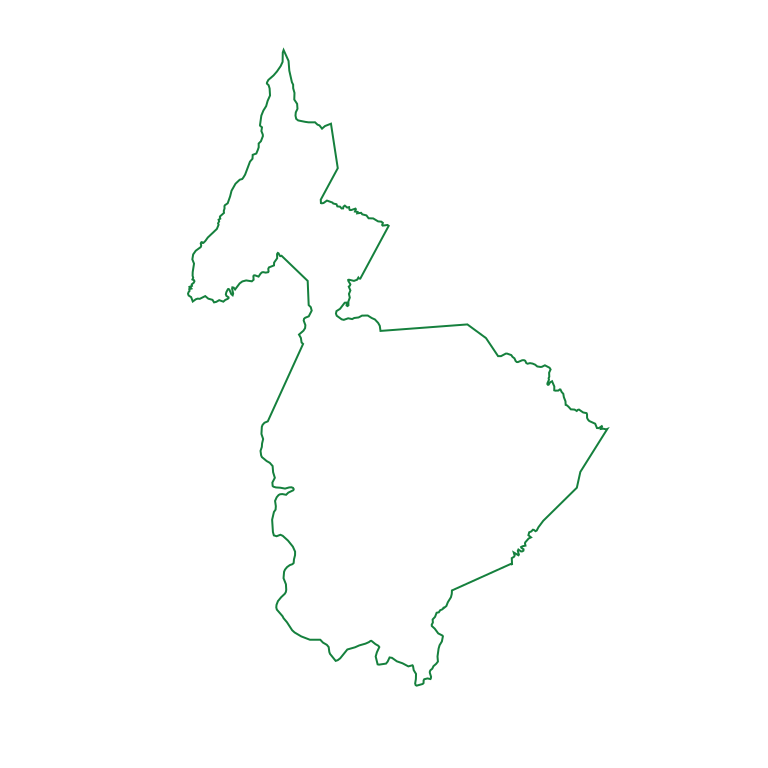 outline of El Rosario, Comayagua, Honduras, rotated 111°
{"feature_id": "27666195B23416368136478", "entity_name": "El Rosario", "entity_type": "district", "adm_level": 2, "iso_a3": "HND", "parent_name": "Honduras", "parent_adm1": "Comayagua", "projection": "orthographic", "projection_center": [-87.754, 14.601], "detail": "fine", "context": "isolated", "style": "outline", "palette": "green", "viewbox_px": 768, "rotation_deg": 111, "n_neighbors": 0, "source": "geoboundaries", "source_scale": "gbopen_adm2", "svg_char_len": 6166}
<svg xmlns="http://www.w3.org/2000/svg" viewBox="0 0 768 768"><g transform="rotate(111 384 384)"><path d="M638.6,393.9L641.2,389.2L646.8,381.5L648.0,378.4L649.3,370.8L649.3,361.6L645.6,351.8L647.3,348.3L648.0,343.9L649.4,341.4L653.8,339.0L655.3,337.7L659.8,329.9L658.4,328.2L655.8,326.6L645.0,323.1L640.2,316.7L636.9,313.4L633.0,308.2L630.4,305.6L628.7,304.5L628.3,303.7L629.9,298.8L630.4,295.5L631.3,294.1L637.1,294.5L641.4,294.1L648.0,289.5L647.8,288.1L644.3,281.9L641.8,281.1L637.3,280.8L636.8,278.4L638.3,272.6L638.1,266.7L638.9,260.1L636.4,256.6L637.0,255.8L640.5,253.7L643.2,250.2L648.0,248.5L652.4,247.6L653.8,246.5L653.9,245.4L650.2,240.4L649.0,239.9L646.5,240.8L645.2,240.6L643.3,237.9L642.8,234.9L641.9,234.8L640.5,235.1L637.1,237.8L635.8,238.2L634.4,238.0L632.5,236.9L629.7,236.7L626.5,235.0L623.8,234.2L619.2,236.4L611.5,238.2L607.9,238.5L603.6,237.7L598.4,238.6L597.9,239.3L597.4,244.0L594.2,249.0L592.8,252.6L591.6,253.2L589.2,252.9L586.4,254.2L583.1,252.9L578.7,252.9L577.5,251.0L575.1,250.5L573.7,249.0L571.5,247.7L571.3,248.0L570.5,247.1L568.9,246.2L564.9,246.2L559.1,245.1L555.7,245.5L552.4,246.6L506.4,201.0L506.7,200.4L506.3,199.9L500.8,202.3L498.7,200.7L497.4,200.5L494.8,202.5L495.7,197.1L495.0,196.9L491.8,199.3L490.4,199.2L491.2,196.0L490.6,194.8L489.6,194.1L488.3,194.5L487.7,197.0L487.1,197.6L485.9,196.6L484.2,194.0L482.2,195.3L481.3,195.4L476.4,193.6L474.5,191.8L473.4,195.0L470.4,195.3L468.8,193.6L466.7,192.8L466.5,191.9L467.1,189.8L466.0,188.9L462.4,188.5L454.6,186.3L411.7,166.8L395.7,169.2L345.9,159.4L346.7,160.3L347.2,163.4L348.2,165.3L345.6,165.2L345.3,165.6L348.2,167.6L348.8,169.4L345.4,172.6L345.0,179.1L344.1,180.9L342.8,182.3L339.5,183.6L338.6,184.5L339.2,187.9L338.0,192.8L338.7,193.8L340.1,194.4L339.6,196.9L340.7,200.5L339.1,203.6L338.3,205.8L338.4,206.9L335.1,208.4L331.8,211.4L328.9,213.1L327.8,215.3L325.9,217.3L326.1,218.0L327.6,218.8L328.8,221.6L328.9,222.8L325.3,224.1L321.2,228.1L322.9,229.5L325.7,230.1L326.0,230.6L325.7,231.3L324.8,231.7L320.9,231.5L319.6,232.4L318.0,232.3L314.3,233.9L310.7,233.7L309.5,235.3L308.9,240.5L311.4,242.8L312.0,244.0L312.7,247.2L311.8,249.8L311.7,252.6L312.2,255.2L313.6,257.2L313.5,258.6L311.7,260.5L311.6,261.9L312.3,263.5L315.5,266.8L315.9,267.9L315.4,269.3L313.3,271.4L312.6,273.8L311.4,275.5L311.5,279.9L312.0,281.2L316.0,284.7L317.1,287.5L304.6,305.2L298.5,327.5L335.7,406.3L331.2,408.8L329.1,411.3L327.0,415.6L326.8,419.1L325.9,423.7L328.0,429.0L331.0,431.6L333.0,435.4L334.8,437.0L335.5,441.0L338.5,444.5L338.8,446.7L337.2,452.6L335.5,454.1L333.0,454.5L329.6,452.0L322.2,449.8L321.3,447.8L324.1,447.1L324.3,446.0L323.3,445.4L319.8,446.8L315.6,446.9L312.5,449.0L308.7,448.9L305.7,451.8L304.4,451.1L303.0,451.1L300.4,454.4L299.6,454.7L299.2,454.1L298.5,449.0L296.3,446.5L293.9,446.1L294.5,445.3L294.1,443.9L234.7,436.3L234.3,437.7L236.6,442.0L236.2,442.7L234.0,442.8L233.4,444.6L234.3,447.8L233.3,453.4L234.8,457.8L232.9,460.8L233.4,465.1L232.4,466.7L234.3,470.2L232.8,470.4L233.4,472.9L230.9,472.9L230.5,473.5L233.3,476.9L233.8,478.1L233.6,478.7L231.4,480.0L232.5,481.6L231.5,484.5L232.9,485.4L234.7,485.1L235.3,486.5L234.2,488.6L234.9,491.2L233.2,492.8L233.7,496.1L233.1,497.1L233.2,503.0L236.7,505.3L237.6,506.8L237.7,507.7L234.6,509.1L199.1,504.5L160.0,526.8L164.3,531.5L167.8,533.4L165.7,536.9L165.7,539.0L164.4,542.2L166.7,548.0L167.5,551.5L168.7,558.6L167.9,561.0L165.2,562.8L162.0,563.7L158.1,563.4L153.6,565.5L150.6,569.7L144.3,571.9L140.4,574.8L137.1,576.1L135.3,578.1L125.4,584.7L116.6,588.9L108.2,597.4L110.8,597.3L119.6,594.1L124.2,594.4L130.5,595.9L135.5,597.7L141.5,600.9L144.5,601.3L145.5,601.0L146.4,598.8L149.1,596.7L155.5,593.8L161.4,594.1L166.8,593.6L171.9,594.6L177.4,594.7L186.9,592.5L187.4,592.0L188.1,589.9L191.8,589.1L194.5,586.6L196.0,585.9L201.5,585.9L204.4,587.2L207.9,585.8L210.5,585.7L214.6,585.8L217.1,588.7L220.8,587.5L224.4,588.8L238.3,588.7L241.6,589.3L243.4,589.8L245.0,591.9L250.2,594.4L258.2,595.6L264.0,594.9L271.3,594.7L274.1,596.6L275.1,596.7L277.2,595.8L279.9,595.6L281.6,594.7L286.2,597.1L286.9,597.1L288.3,596.1L289.9,597.3L291.2,596.2L293.5,596.5L294.6,595.5L299.1,595.6L310.4,601.0L314.6,602.1L317.0,603.2L317.3,603.8L316.8,604.9L317.1,605.3L318.4,605.5L320.4,604.2L321.9,604.2L327.0,607.5L331.4,608.6L336.3,607.6L339.7,604.5L348.1,602.7L351.5,601.5L353.2,600.2L355.1,600.3L355.2,598.5L356.0,597.8L357.6,597.9L359.9,599.2L361.2,598.4L363.1,600.5L363.5,600.2L363.5,598.6L363.9,598.0L365.3,599.8L366.8,598.9L368.3,599.4L370.0,599.3L371.4,598.1L372.0,595.2L375.5,592.1L372.4,590.1L371.1,588.6L370.5,586.5L366.0,582.4L367.3,578.6L366.9,574.3L368.7,571.9L367.4,570.0L364.8,567.9L364.7,563.5L362.4,562.3L360.5,560.4L359.5,559.9L358.8,560.2L358.2,562.7L357.0,563.8L354.7,564.1L351.4,563.7L351.0,563.1L351.3,562.2L354.8,558.8L355.4,557.1L353.7,557.2L349.4,560.0L348.1,560.2L347.9,558.9L349.1,556.9L341.8,554.8L339.0,553.0L336.7,549.8L335.5,544.2L333.4,543.1L330.1,544.6L329.3,544.4L328.8,543.5L328.7,539.6L325.2,538.8L323.6,538.0L322.9,537.0L322.4,534.3L321.1,532.2L320.3,532.1L318.0,533.3L316.4,533.2L312.7,529.2L310.0,530.1L304.9,528.8L301.0,530.4L299.7,530.1L299.8,529.3L301.7,527.1L301.7,526.4L301.0,525.6L315.1,492.2L337.3,482.6L338.5,479.9L341.4,477.8L347.8,478.5L350.4,481.3L351.7,482.0L353.6,481.7L357.2,478.5L360.1,477.7L363.1,478.3L368.3,481.1L370.8,478.1L374.8,475.8L375.6,473.9L460.5,479.1L463.0,481.7L465.6,482.7L467.8,482.7L474.6,480.5L478.7,477.1L483.3,476.5L486.5,475.5L490.7,475.3L494.7,473.1L496.0,471.8L498.0,465.9L498.5,462.4L500.5,458.6L506.1,455.9L510.7,452.3L516.0,452.9L519.1,451.4L519.5,450.4L519.3,447.8L518.0,443.7L517.1,438.9L514.5,435.4L513.6,433.4L513.6,431.7L514.5,430.6L515.7,430.6L519.7,434.4L522.5,435.7L523.2,439.5L524.2,441.5L525.4,442.6L528.2,443.6L532.2,443.8L536.8,441.2L540.1,440.2L542.9,440.9L550.8,439.8L561.9,434.7L564.8,432.6L564.6,429.7L561.9,426.7L562.0,424.2L564.6,417.5L568.5,410.8L572.4,406.9L575.7,405.7L580.0,405.2L583.5,404.2L585.0,404.9L586.8,407.0L589.7,408.9L592.7,409.9L595.1,410.0L601.3,408.2L606.1,403.8L611.2,401.5L613.4,401.1L615.3,401.4L619.9,403.6L624.7,405.2L628.7,405.2L631.2,404.5L633.0,403.2L637.2,395.4L638.6,393.9Z" fill="none" stroke="#15803d" stroke-width="2"/></g></svg>